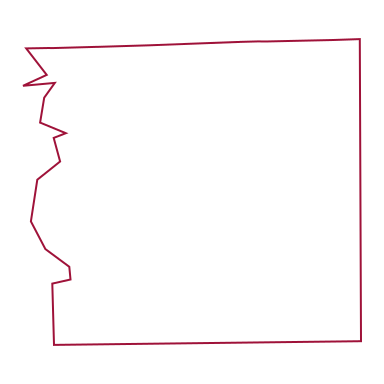 the district of Schuyler, Missouri, United States of America
{"feature_id": "52423323B20022887638362", "entity_name": "Schuyler", "entity_type": "district", "adm_level": 2, "iso_a3": "USA", "parent_name": "United States of America", "parent_adm1": "Missouri", "projection": "equal_earth", "projection_center": [-92.615, 40.47], "detail": "fine", "context": "isolated", "style": "outline", "palette": "rose", "viewbox_px": 384, "rotation_deg": 0, "n_neighbors": 0, "source": "geoboundaries", "source_scale": "gbopen_adm2", "svg_char_len": 448}
<svg xmlns="http://www.w3.org/2000/svg" viewBox="0 0 384 384"><path d="M26.2,48.4L46.7,74.9L23.0,85.8L54.8,82.9L44.2,97.7L40.1,122.6L65.8,133.2L53.7,137.9L60.1,161.5L37.3,179.7L30.9,221.4L45.4,249.1L69.3,266.8L70.5,279.5L52.3,283.6L54.0,344.9L361.0,341.2L359.8,39.1L333.3,40.0L265.4,41.5L258.2,41.4L239.8,41.9L239.1,42.0L237.1,42.0L149.4,45.3L96.5,46.9L95.3,46.9L51.8,48.1L48.9,48.0L26.2,48.4Z" fill="none" stroke="#9f1239" stroke-width="2"/></svg>